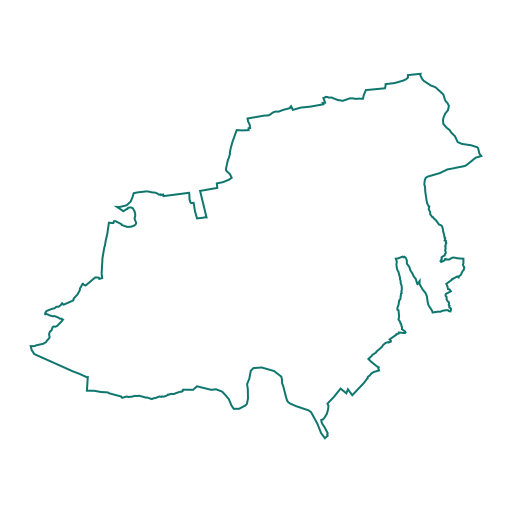 Filiasi, Dolj, Romania
{"feature_id": "2599482B35880437379690", "entity_name": "Filiasi", "entity_type": "district", "adm_level": 2, "iso_a3": "ROU", "parent_name": "Romania", "parent_adm1": "Dolj", "projection": "orthographic", "projection_center": [23.538, 44.559], "detail": "fine", "context": "isolated", "style": "outline", "palette": "teal", "viewbox_px": 512, "rotation_deg": 0, "n_neighbors": 0, "source": "geoboundaries", "source_scale": "gbopen_adm2", "svg_char_len": 6033}
<svg xmlns="http://www.w3.org/2000/svg" viewBox="0 0 512 512"><path d="M458.6,277.4L459.0,276.2L460.3,275.4L461.3,274.2L461.5,273.2L462.7,271.0L463.9,269.7L464.0,268.2L464.4,267.6L463.5,266.2L462.9,264.6L463.4,263.3L463.4,258.7L458.4,258.4L453.5,257.5L452.1,257.8L448.9,259.6L445.9,259.5L445.7,258.9L445.1,259.0L445.0,259.8L444.0,260.7L441.2,262.0L440.5,261.1L441.3,260.0L441.4,259.3L441.8,258.9L441.5,257.5L442.0,256.9L444.7,255.4L444.8,254.2L445.7,253.3L445.8,252.1L445.2,250.7L445.3,249.4L445.7,248.8L445.5,248.1L445.6,246.9L445.1,246.1L445.7,245.1L445.8,243.5L446.3,243.0L445.9,242.6L445.9,240.9L444.7,240.5L445.2,239.4L444.8,238.6L445.2,237.9L444.3,236.8L444.1,234.5L443.5,232.9L442.6,228.0L442.0,226.2L441.2,225.4L439.0,224.5L436.3,220.7L433.6,218.2L433.1,217.2L432.2,217.0L430.2,214.2L430.2,212.3L428.7,208.9L429.3,206.5L428.5,206.0L427.3,203.6L426.8,201.8L425.3,191.9L425.0,186.9L424.3,184.3L424.8,180.2L425.7,177.9L427.4,176.7L439.5,173.2L446.7,169.8L446.3,169.7L464.8,166.0L466.2,165.3L475.7,157.7L481.3,156.0L479.4,153.6L478.1,148.2L477.1,147.2L471.2,145.3L461.9,143.9L457.7,142.1L455.0,136.3L451.2,132.5L449.8,130.2L446.6,127.7L443.3,123.9L443.0,120.0L443.5,117.5L445.3,113.5L448.0,110.1L448.9,105.9L447.5,103.1L445.9,101.4L445.0,99.9L443.7,95.5L443.2,94.4L436.0,87.7L434.7,86.9L430.8,85.5L423.7,80.8L422.2,79.0L420.7,76.1L420.4,75.1L420.6,73.8L407.9,75.1L408.0,77.5L406.2,79.2L403.5,80.5L394.5,83.1L385.6,84.1L385.6,85.8L384.9,88.3L365.9,90.1L363.8,95.0L362.9,98.8L359.3,98.6L355.7,98.9L352.5,98.3L349.6,98.4L342.9,100.8L337.7,100.0L331.5,97.5L328.5,97.6L327.5,97.0L325.6,96.9L325.2,97.4L323.4,98.0L325.1,102.7L322.7,103.0L323.3,104.3L310.6,106.6L300.7,107.6L292.8,109.9L291.1,106.2L290.4,106.8L290.3,107.9L289.9,108.1L282.9,110.0L278.7,111.6L275.3,111.6L272.7,112.6L270.0,114.7L268.4,115.4L264.3,115.6L247.5,118.5L248.1,121.5L249.6,124.4L250.1,128.1L248.6,128.2L248.5,130.2L241.3,130.4L236.7,130.1L232.5,141.8L230.8,147.8L229.8,152.8L230.0,153.7L228.7,158.4L228.0,159.6L225.9,169.1L226.0,170.1L226.8,171.3L229.9,174.1L231.7,177.8L229.1,179.6L223.2,182.1L216.8,183.4L217.3,187.9L200.1,190.9L206.5,217.4L204.7,217.3L203.5,217.7L197.0,218.4L195.0,211.3L193.6,202.8L191.1,203.1L190.2,201.9L189.5,199.1L189.4,194.8L189.1,192.8L163.5,196.1L163.2,194.5L161.0,195.1L160.7,194.4L159.1,194.7L157.3,193.5L155.1,192.6L152.1,192.4L148.3,191.5L146.2,191.4L137.5,192.4L133.7,193.2L132.3,197.8L130.6,201.6L127.2,204.8L125.6,205.6L119.5,207.0L117.0,206.9L123.4,211.2L126.6,209.1L127.4,209.0L127.7,208.2L128.9,207.6L130.9,207.4L132.9,208.3L134.5,211.2L135.2,213.8L135.2,216.1L134.5,218.6L136.1,222.7L136.0,223.6L135.5,224.5L134.2,225.6L131.4,226.6L127.5,227.0L121.7,225.0L121.3,224.1L115.4,221.1L113.9,221.3L113.5,222.9L113.1,223.1L108.9,222.7L107.3,233.8L105.8,240.2L104.8,246.2L104.4,246.9L102.5,257.9L101.6,273.4L102.2,278.1L99.3,278.9L99.1,278.0L98.6,277.6L95.3,277.4L85.6,285.5L83.7,284.7L83.0,283.7L82.6,283.8L80.0,288.5L79.8,290.2L77.5,294.4L73.7,298.6L73.5,299.2L73.6,299.9L72.9,300.6L63.6,304.7L63.0,304.4L62.6,303.6L62.1,303.2L60.8,305.0L58.7,306.7L56.3,306.8L54.4,308.4L52.1,308.8L46.5,311.0L45.3,312.9L45.4,313.7L44.5,314.6L46.3,313.9L50.5,315.7L53.1,316.3L54.6,316.1L58.6,317.7L59.6,318.6L61.6,318.7L61.8,319.2L62.9,319.6L62.1,320.8L57.3,325.8L55.5,326.7L53.7,326.5L52.7,327.0L51.5,330.3L50.0,331.6L49.3,333.1L49.1,334.9L49.6,336.9L49.3,338.1L47.4,340.1L46.0,342.1L43.1,343.8L36.3,345.3L34.6,346.1L30.7,346.1L31.7,350.1L34.3,354.1L73.2,371.5L79.1,373.7L86.8,377.2L87.8,377.1L86.9,390.7L94.5,390.8L100.8,392.0L107.8,392.4L109.2,393.3L121.2,396.5L121.6,397.4L122.2,397.8L126.8,396.5L128.3,397.0L132.3,396.6L134.6,395.9L138.2,396.0L139.1,395.7L145.8,397.6L147.1,397.5L151.9,399.1L153.7,398.2L155.3,398.1L159.3,396.5L161.3,396.9L162.1,396.4L163.2,396.7L165.6,396.1L167.8,395.0L168.1,394.5L168.9,394.7L170.6,393.9L174.2,394.0L174.9,393.5L179.5,391.9L182.0,391.6L182.7,391.1L182.8,389.9L183.3,389.7L193.1,389.8L197.0,386.3L211.1,389.8L216.1,389.3L222.1,391.6L225.7,395.4L228.9,399.3L231.4,405.4L233.7,408.8L239.1,408.8L245.5,405.4L246.9,403.8L248.0,398.5L247.8,389.2L247.1,384.0L249.3,378.7L250.8,370.7L253.4,368.1L261.7,367.5L274.0,371.0L281.3,376.6L282.0,379.8L282.1,383.3L283.3,386.3L286.1,397.4L287.1,400.5L288.1,402.1L290.4,403.7L296.2,406.2L308.7,410.4L311.1,412.2L317.4,423.8L321.1,433.1L324.9,438.2L327.7,435.7L327.2,434.3L327.7,433.2L324.6,427.3L322.4,424.0L321.5,422.0L321.3,419.9L322.8,419.6L324.3,417.9L326.9,413.8L328.1,409.2L328.4,406.9L328.4,405.9L327.5,403.6L334.0,396.8L340.6,388.6L346.3,393.3L347.9,389.3L352.3,395.2L364.2,382.6L367.0,378.7L367.5,378.6L367.8,376.9L369.9,375.4L371.2,373.6L373.7,372.0L379.0,370.5L378.3,368.1L378.7,367.4L376.7,366.2L371.3,361.9L368.4,359.0L371.7,355.9L372.3,354.9L376.0,352.6L376.5,351.8L376.0,352.0L381.9,346.9L382.9,345.2L385.6,342.9L388.2,342.1L388.5,342.5L390.7,341.8L390.9,340.9L389.6,339.4L396.5,334.6L396.5,334.1L398.6,333.6L398.8,332.5L404.9,333.1L405.5,332.4L405.2,332.1L405.1,331.5L401.9,329.1L402.1,327.0L401.5,326.2L401.2,324.0L400.4,323.4L400.3,322.1L398.5,319.5L399.1,316.7L398.7,312.2L398.5,310.2L397.4,309.7L397.4,307.9L398.6,304.6L399.2,300.3L400.3,299.3L401.0,293.7L401.7,293.2L401.4,292.4L401.6,291.6L401.4,291.2L401.8,289.9L401.8,287.6L401.7,286.1L400.6,282.8L400.7,281.2L400.0,279.1L400.1,278.2L398.4,271.7L397.5,270.3L396.9,268.2L396.4,264.7L396.8,261.7L395.8,258.7L398.0,258.4L402.7,256.6L403.4,257.3L404.5,256.8L405.7,257.8L406.8,260.3L406.9,263.7L409.3,266.9L410.4,270.4L412.3,273.3L413.9,276.7L415.7,278.8L417.2,283.8L417.5,284.0L419.6,281.1L419.5,283.9L422.4,289.1L425.7,293.3L426.9,296.5L427.7,302.2L428.4,305.0L432.2,311.0L432.6,312.5L438.3,311.6L440.1,311.8L442.7,310.7L446.0,310.2L447.9,310.2L449.0,311.2L450.4,311.4L451.1,309.1L450.7,308.3L449.3,307.4L449.2,306.8L449.6,305.8L448.7,304.9L449.1,303.2L448.7,302.0L448.1,301.8L446.6,299.4L446.6,297.0L445.7,296.0L445.5,294.9L445.8,294.0L450.9,291.3L449.5,289.4L448.0,289.1L447.5,286.6L446.3,283.9L452.6,279.2L452.4,279.0L457.3,276.5L458.6,277.4Z" fill="none" stroke="#0f766e" stroke-width="2"/></svg>